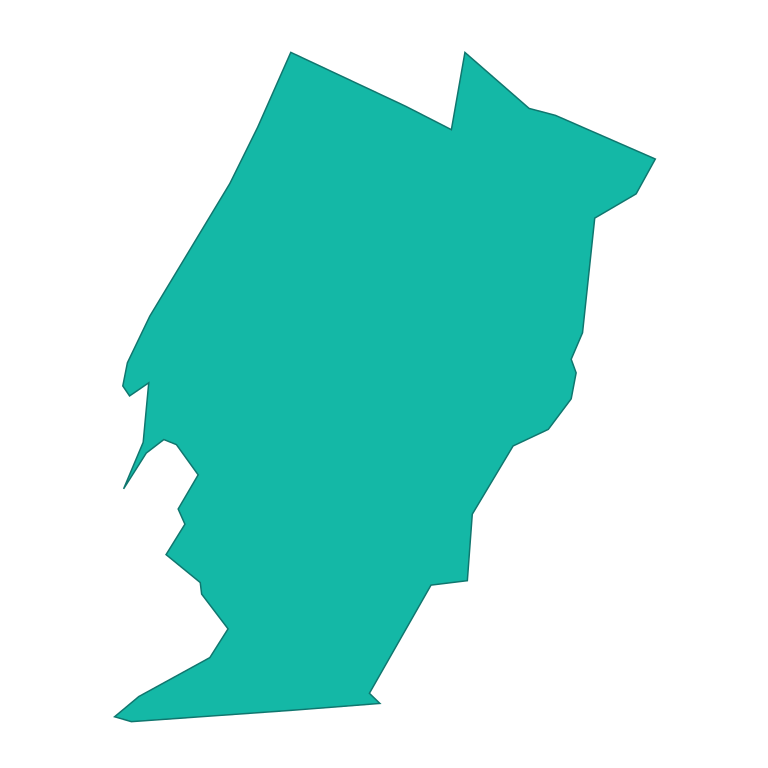 outline of Blair, Pennsylvania, United States of America, rotated 179°
{"feature_id": "52423323B298990066873", "entity_name": "Blair", "entity_type": "district", "adm_level": 2, "iso_a3": "USA", "parent_name": "United States of America", "parent_adm1": "Pennsylvania", "projection": "robinson", "projection_center": [-78.312, 40.493], "detail": "fine", "context": "isolated", "style": "filled", "palette": "teal", "viewbox_px": 768, "rotation_deg": 179, "n_neighbors": 0, "source": "geoboundaries", "source_scale": "gbopen_adm2", "svg_char_len": 705}
<svg xmlns="http://www.w3.org/2000/svg" viewBox="0 0 768 768"><g transform="rotate(179 384 384)"><path d="M505.8,643.0L534.6,587.2L617.0,455.9L640.2,409.7L645.2,386.6L638.6,376.5L619.2,389.3L625.8,329.9L646.2,283.7L622.9,319.1L605.1,332.3L592.6,327.0L571.4,296.4L592.0,262.6L585.5,247.3L604.9,217.2L571.2,188.7L570.0,177.1L544.2,141.9L562.9,113.5L634.6,75.8L659.2,56.0L642.5,50.8L477.8,59.6L393.7,64.7L404.0,75.0L340.5,182.1L304.1,185.9L298.0,252.3L256.0,319.8L220.5,335.8L197.1,365.9L191.7,391.8L196.4,405.5L184.6,431.8L170.4,546.2L128.6,569.7L108.8,604.2L207.9,649.6L234.1,657.0L297.3,714.1L312.2,637.1L357.3,661.2L471.4,717.2L505.8,643.0Z" fill="#14b8a6" stroke="#0f766e" stroke-width="1.5"/></g></svg>